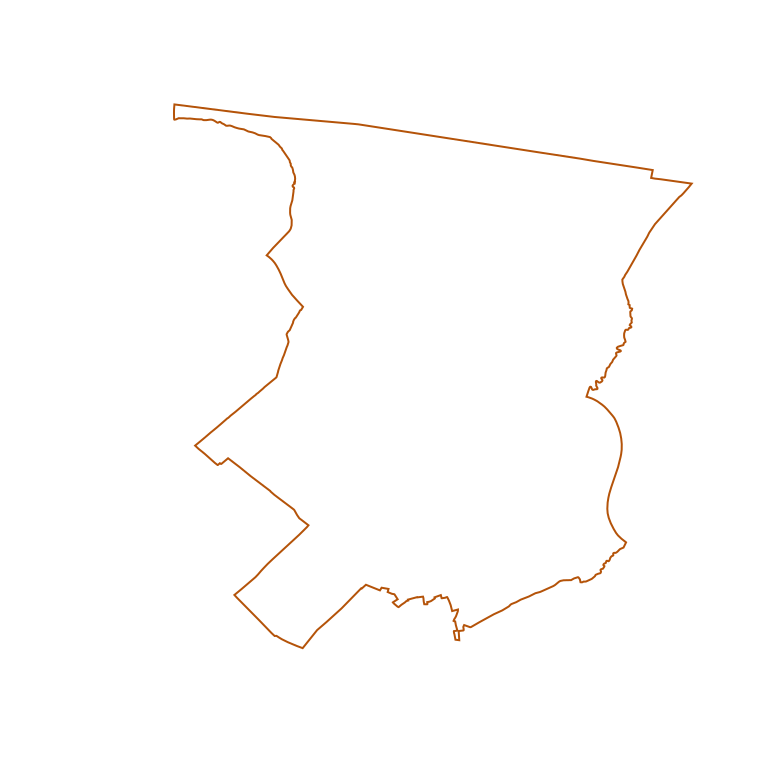 Mueang Pathum Thani, Pathum Thani, Thailand (Robinson projection), rotated 285°
{"feature_id": "78962969B64886483161753", "entity_name": "Mueang Pathum Thani", "entity_type": "district", "adm_level": 2, "iso_a3": "THA", "parent_name": "Thailand", "parent_adm1": "Pathum Thani", "projection": "robinson", "projection_center": [100.542, 14.005], "detail": "fine", "context": "isolated", "style": "outline", "palette": "amber", "viewbox_px": 768, "rotation_deg": 285, "n_neighbors": 0, "source": "geoboundaries", "source_scale": "gbopen_adm2", "svg_char_len": 6142}
<svg xmlns="http://www.w3.org/2000/svg" viewBox="0 0 768 768"><g transform="rotate(285 384 384)"><path d="M660.2,588.2L658.5,572.1L653.7,528.7L652.4,514.8L647.9,474.2L628.2,292.2L627.5,287.9L613.6,209.1L609.7,182.0L599.8,109.2L595.0,110.1L591.4,111.0L586.5,112.4L585.2,112.9L585.1,113.2L585.7,114.5L587.6,116.9L588.0,118.6L588.9,122.1L589.4,125.2L590.2,127.8L591.2,134.1L592.0,137.8L592.4,139.1L592.4,139.9L592.2,141.1L592.3,142.0L592.9,144.1L594.4,147.7L594.7,149.1L594.7,150.4L594.4,152.0L593.3,155.4L593.5,156.1L594.6,157.3L594.7,158.1L593.9,159.9L593.5,162.2L592.6,164.7L592.9,165.9L593.6,167.6L593.8,168.7L593.7,170.5L593.3,173.3L593.2,175.7L593.2,177.8L593.7,182.8L592.8,187.6L593.0,191.9L592.8,194.7L592.2,197.4L592.1,198.9L592.8,205.4L593.0,209.9L592.4,211.2L591.6,212.0L587.8,220.3L586.3,222.1L585.1,224.3L583.6,225.4L583.2,226.1L575.9,234.6L575.3,235.1L573.9,235.7L572.5,237.0L571.4,237.2L570.9,237.5L570.0,238.2L569.4,239.3L567.5,240.5L564.8,241.7L563.0,243.3L561.5,244.2L559.1,245.1L557.7,245.2L556.4,245.7L556.1,245.6L555.8,245.1L555.2,245.1L555.0,245.4L555.1,245.8L554.4,245.9L554.0,245.3L552.5,244.5L551.7,244.4L551.0,244.8L550.5,246.2L549.8,246.6L548.0,246.4L546.4,246.8L537.7,247.9L531.7,247.7L529.4,247.9L525.0,249.0L523.2,249.7L518.6,252.4L513.3,253.7L509.9,253.7L508.0,253.2L506.7,252.7L486.8,241.7L477.9,237.4L477.0,239.8L475.3,243.2L474.1,245.1L472.5,247.3L470.5,249.5L467.2,252.7L463.8,255.6L455.5,261.9L453.2,264.0L450.8,266.7L446.3,272.1L442.0,278.7L437.6,285.8L434.1,284.8L433.5,284.0L432.7,283.7L431.2,283.5L425.8,281.8L424.9,281.4L424.7,281.1L422.9,280.4L420.7,280.1L419.7,280.3L411.6,279.0L409.6,277.7L407.2,277.1L406.7,277.1L406.1,277.4L401.8,280.0L399.9,280.9L399.4,280.9L396.2,280.8L394.4,280.5L386.0,279.9L382.8,279.4L380.6,279.3L376.6,278.8L369.5,278.4L368.3,278.5L362.8,278.4L362.2,278.1L350.1,269.4L348.2,268.3L344.3,265.6L343.1,264.9L341.2,263.3L340.1,262.8L338.9,261.8L335.3,259.2L318.8,247.8L313.7,244.0L311.1,242.4L310.2,241.5L308.5,240.4L298.6,233.7L292.5,229.3L284.6,223.9L275.6,217.5L273.4,221.6L270.1,229.0L264.0,241.1L262.7,244.2L262.8,244.5L265.0,246.0L264.6,247.1L264.7,247.5L264.9,247.7L271.9,252.6L266.5,265.7L260.5,279.0L251.4,301.4L251.3,301.8L250.8,302.2L248.5,306.9L239.4,329.4L239.0,330.0L235.0,333.9L232.4,336.9L228.0,347.6L226.0,346.7L216.4,341.1L185.8,321.7L180.1,318.2L175.2,315.5L171.6,313.6L167.4,311.6L164.1,309.8L148.8,299.3L141.5,294.1L139.6,297.1L123.6,324.4L114.4,339.7L112.3,343.6L112.9,345.3L111.8,348.7L111.0,351.5L109.7,358.0L108.4,367.5L107.8,373.8L129.0,383.1L139.1,390.0L156.3,401.1L180.3,414.6L180.8,414.9L180.6,415.4L185.4,418.5L183.6,433.5L186.6,434.4L187.2,441.4L184.0,441.4L183.4,445.9L183.6,448.3L183.5,448.6L179.6,452.9L175.4,449.1L174.7,450.0L172.4,454.8L172.3,455.9L175.3,458.0L178.4,460.7L180.0,461.7L181.1,463.4L181.9,462.9L186.7,471.2L186.5,471.4L188.7,476.7L187.4,477.5L184.1,478.7L181.7,479.9L182.4,482.7L182.8,482.9L184.5,482.2L185.4,484.1L186.5,485.6L190.0,488.6L191.0,488.0L194.8,493.5L192.0,495.1L192.0,495.3L193.3,498.3L194.4,499.8L194.5,500.2L191.7,502.7L187.7,505.6L182.3,508.6L185.3,513.8L184.0,514.1L183.1,514.1L178.5,513.7L176.7,513.3L175.3,512.8L173.2,512.5L173.0,513.3L173.1,514.2L169.7,515.8L164.8,518.7L163.4,515.5L163.1,515.5L161.6,516.1L160.5,516.8L155.5,519.2L156.0,523.0L164.6,520.1L164.8,520.3L166.4,524.3L166.7,524.6L167.6,524.5L169.8,523.5L170.9,523.6L171.9,523.8L171.4,529.9L171.5,530.5L171.8,531.0L178.7,537.9L190.1,549.8L195.9,556.8L201.3,562.0L202.0,562.5L203.4,563.2L204.4,564.0L207.5,568.2L211.1,571.9L216.2,578.9L221.1,584.4L223.4,588.4L224.3,589.6L232.7,599.9L234.2,601.3L238.3,604.2L239.4,605.3L240.9,608.3L243.0,615.5L245.4,617.9L247.6,621.4L247.4,622.1L246.0,623.8L243.4,625.1L243.6,626.3L243.9,627.0L244.8,627.9L245.2,629.5L245.6,630.4L249.5,635.1L252.9,637.5L254.1,637.7L254.5,637.9L256.1,639.9L257.1,641.7L257.6,642.1L258.2,642.2L258.9,642.2L260.3,641.3L260.8,641.3L261.2,641.6L262.3,643.3L264.7,644.1L265.2,644.0L265.7,642.9L266.3,642.7L266.8,642.8L267.5,643.2L268.5,644.5L270.5,644.6L270.8,644.8L271.0,645.3L270.9,646.6L271.1,646.9L271.5,647.2L272.6,647.5L274.7,647.6L275.8,648.0L276.5,648.4L277.4,649.5L277.8,649.8L278.2,649.7L279.4,649.3L280.0,649.4L280.5,650.0L280.8,651.3L281.4,652.1L282.6,653.0L284.8,654.2L285.7,654.8L288.0,657.7L293.7,658.8L296.0,653.4L298.3,649.2L300.2,646.7L303.5,643.3L308.2,639.1L312.9,635.7L317.0,633.5L321.3,632.0L327.4,630.7L332.1,630.2L336.5,630.0L343.1,630.2L364.3,631.6L374.9,631.4L377.7,631.2L382.0,630.6L387.5,629.2L392.6,627.3L397.8,624.8L402.6,621.8L407.5,618.2L409.9,616.1L411.0,615.0L412.6,612.9L417.2,606.2L419.2,602.8L420.4,600.2L422.6,594.3L423.4,591.0L423.8,588.7L424.1,584.9L424.1,582.9L430.2,583.2L433.8,583.5L434.6,583.8L434.8,584.2L434.7,584.8L432.6,586.5L432.4,587.2L432.5,587.7L433.5,589.2L434.1,591.0L434.6,591.4L435.4,591.2L437.3,589.4L438.4,589.2L440.9,588.1L441.6,588.1L441.9,588.3L442.0,588.8L441.1,591.0L441.1,591.8L441.4,592.5L442.9,593.8L443.8,594.1L444.5,593.8L445.5,592.5L445.9,592.3L446.4,592.4L446.8,592.9L447.2,595.0L447.8,595.5L449.0,595.6L452.4,595.1L455.0,595.3L456.7,595.2L457.2,595.5L458.8,596.9L461.9,597.5L464.3,598.7L466.8,599.0L471.1,601.1L471.9,601.2L473.3,600.3L474.1,600.2L474.7,600.7L476.5,603.8L477.1,604.2L477.5,604.0L477.7,603.5L477.9,601.4L478.2,600.2L478.8,599.6L479.3,599.5L480.5,600.3L482.1,602.7L483.4,604.9L483.9,605.2L485.1,605.1L485.8,605.3L487.3,606.4L488.8,605.6L491.1,604.0L493.2,603.3L495.1,602.9L498.3,603.1L499.0,603.6L499.2,604.3L499.3,605.2L499.5,605.6L500.0,605.9L501.1,606.1L501.5,606.3L502.3,607.8L502.9,608.2L503.6,607.9L504.2,606.5L504.5,606.1L505.5,606.3L507.5,607.4L509.3,606.6L511.2,606.6L511.8,606.3L512.9,604.8L513.4,604.5L517.4,603.2L518.0,603.3L518.8,604.0L519.5,604.3L521.0,604.2L521.1,603.9L521.0,602.4L521.2,601.7L522.7,601.1L523.8,600.9L524.2,599.4L525.8,599.2L527.4,598.6L529.0,597.3L533.2,594.5L535.6,593.3L542.4,588.8L544.7,587.8L546.6,587.2L549.8,588.4L551.7,588.7L555.5,590.0L573.5,594.7L579.5,596.0L594.5,600.2L598.7,601.0L608.6,604.4L641.1,620.8L643.1,622.4L645.6,623.8L653.1,627.5L657.2,629.3L653.4,598.4L652.5,592.5L652.2,588.7L660.2,588.2Z" fill="none" stroke="#b45309" stroke-width="2"/></g></svg>